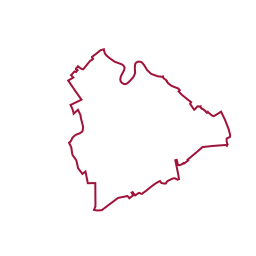 Phu Nhuan, Hồ Chí Minh city, Vietnam, rotated 228°
{"feature_id": "81297802B72603937188235", "entity_name": "Phu Nhuan", "entity_type": "district", "adm_level": 2, "iso_a3": "VNM", "parent_name": "Vietnam", "parent_adm1": "Hồ Chí Minh city", "projection": "orthographic", "projection_center": [106.679, 10.801], "detail": "fine", "context": "isolated", "style": "outline", "palette": "rose", "viewbox_px": 256, "rotation_deg": 228, "n_neighbors": 0, "source": "geoboundaries", "source_scale": "gbopen_adm2", "svg_char_len": 2855}
<svg xmlns="http://www.w3.org/2000/svg" viewBox="0 0 256 256"><g transform="rotate(228 128 128)"><path d="M156.6,74.4L156.2,74.2L151.9,73.0L150.8,72.4L147.1,69.9L145.7,69.1L144.9,68.7L140.4,68.2L138.4,67.9L131.5,64.0L127.5,63.7L124.4,63.4L124.1,67.3L113.9,61.2L108.9,66.8L93.8,53.4L91.5,51.3L89.9,47.9L87.3,49.9L84.5,53.5L83.8,61.8L82.7,73.8L77.8,82.1L76.3,82.1L74.9,82.0L74.5,86.9L76.6,87.2L77.5,87.4L77.3,88.5L73.1,88.2L72.8,90.7L72.5,92.7L72.2,93.0L70.7,93.6L69.7,94.3L69.5,97.2L69.2,99.7L69.0,104.7L68.7,107.7L68.6,109.3L68.2,111.9L67.9,113.6L67.6,114.9L67.2,116.3L65.9,116.0L64.7,116.1L62.6,117.6L61.4,119.1L61.9,120.1L62.1,122.0L60.7,126.9L60.2,128.0L59.4,129.1L57.9,129.7L56.5,130.2L56.3,130.6L55.9,131.7L58.4,133.3L59.2,133.9L60.8,134.8L68.1,139.1L72.4,141.6L71.7,142.9L67.2,140.4L66.6,140.8L66.1,141.0L65.1,143.3L64.8,145.8L64.1,145.8L63.6,151.0L64.6,151.1L64.4,154.5L64.0,167.4L64.0,170.6L57.7,179.3L53.7,184.5L50.0,189.2L49.6,189.6L48.6,189.6L49.2,191.1L50.1,191.3L51.6,192.1L53.8,193.8L54.1,194.6L53.8,195.7L53.1,197.6L53.7,198.5L54.7,199.4L60.0,202.1L69.3,205.6L77.9,208.1L78.3,205.3L79.1,201.0L79.6,199.4L81.4,198.7L83.9,198.4L85.6,198.0L86.5,198.1L86.3,197.4L86.4,196.8L87.7,196.7L88.7,196.9L89.4,196.9L89.6,196.6L90.3,196.6L91.7,196.4L92.4,195.8L93.2,196.0L93.6,195.7L93.9,195.9L94.6,195.7L94.9,195.7L95.4,196.0L95.6,196.4L95.9,196.1L96.4,195.2L97.6,194.1L97.6,193.8L97.4,192.3L97.2,190.7L97.3,189.4L104.4,190.3L104.9,192.2L110.3,191.2L117.0,190.2L121.4,190.1L121.5,191.8L123.4,191.8L124.0,191.7L127.4,189.9L130.1,188.6L133.5,187.9L134.6,187.8L135.0,187.9L136.6,187.9L137.0,188.4L138.7,188.3L140.1,187.9L141.9,187.8L142.9,188.5L143.6,187.2L144.7,186.3L146.5,184.7L152.8,181.4L158.2,181.0L164.1,182.1L167.0,182.2L168.8,181.7L169.7,180.7L170.7,179.7L171.1,177.7L170.8,176.3L168.4,173.5L164.1,170.1L162.4,166.5L161.7,161.2L161.7,157.2L162.3,155.4L163.9,154.2L165.8,153.7L167.5,153.7L169.3,154.8L171.2,157.3L173.6,163.8L175.2,165.9L177.3,166.4L179.7,165.9L186.2,162.4L192.2,161.1L196.4,160.5L198.8,160.7L202.2,162.3L202.7,162.7L204.2,159.5L204.4,154.4L204.7,151.4L204.9,148.7L204.6,148.4L202.8,148.3L202.8,146.5L203.3,145.1L201.6,134.0L203.1,133.0L205.5,132.4L207.4,132.1L207.2,131.4L207.1,130.6L207.0,129.3L206.9,128.9L206.5,128.7L205.9,128.9L205.2,129.1L204.7,129.2L204.6,128.5L204.7,127.5L204.4,126.8L205.7,126.3L205.8,126.1L205.8,125.5L205.4,122.0L205.4,121.0L202.1,121.1L203.3,115.3L193.4,114.0L192.4,113.8L180.2,112.4L180.3,111.8L183.6,100.7L182.1,100.3L181.1,100.0L179.3,99.4L175.9,97.8L175.0,97.2L175.0,99.3L175.0,103.0L169.4,101.3L168.9,101.1L167.8,100.2L166.3,99.3L159.8,95.9L158.5,95.0L157.2,93.5L156.2,92.3L156.0,91.6L156.0,91.1L156.4,88.5L156.6,87.8L157.3,86.2L157.6,85.4L157.8,84.6L158.0,82.6L158.0,80.8L157.8,79.9L157.3,78.8L156.6,77.0L156.5,76.2L156.4,75.5L156.6,74.4Z" fill="none" stroke="#9f1239" stroke-width="2"/></g></svg>